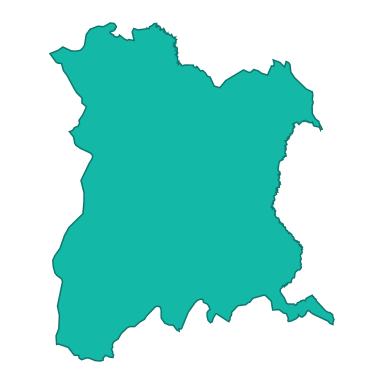 Kantharalak, Si Sa Ket, Thailand (Robinson projection)
{"feature_id": "78962969B93646658502298", "entity_name": "Kantharalak", "entity_type": "district", "adm_level": 2, "iso_a3": "THA", "parent_name": "Thailand", "parent_adm1": "Si Sa Ket", "projection": "robinson", "projection_center": [104.776, 14.571], "detail": "fine", "context": "isolated", "style": "filled", "palette": "teal", "viewbox_px": 384, "rotation_deg": 0, "n_neighbors": 0, "source": "geoboundaries", "source_scale": "gbopen_adm2", "svg_char_len": 5907}
<svg xmlns="http://www.w3.org/2000/svg" viewBox="0 0 384 384"><path d="M116.3,26.3L114.2,23.5L110.2,23.0L103.7,26.7L98.0,26.2L90.0,29.3L86.2,34.7L84.6,45.2L82.7,48.2L80.2,50.4L75.4,51.2L71.0,50.8L62.8,47.0L58.1,50.4L50.0,53.6L55.9,61.9L57.7,63.1L61.5,63.5L63.6,70.9L66.9,75.1L74.4,89.0L76.8,92.9L82.0,98.0L81.9,103.0L86.5,106.8L82.6,115.2L79.0,120.3L79.6,123.3L77.9,126.3L74.4,127.7L72.5,130.5L69.4,131.7L73.5,136.8L74.8,143.2L76.0,145.3L80.7,148.5L90.2,152.9L92.0,154.5L92.7,156.3L92.0,158.9L89.1,163.6L81.0,180.5L84.1,193.1L84.0,201.8L82.9,213.8L69.0,227.4L64.5,235.5L60.0,248.4L54.8,255.8L52.8,260.3L53.3,266.7L55.0,273.0L56.9,275.4L61.7,278.9L62.5,281.9L57.5,306.1L59.4,315.3L58.8,328.8L56.1,335.7L56.6,344.4L58.7,344.1L68.3,347.4L74.2,355.2L78.6,355.4L79.2,358.1L81.6,359.7L86.7,357.9L88.8,358.0L95.4,360.6L100.3,361.0L103.1,360.2L103.2,357.9L105.8,355.3L109.8,357.1L113.0,357.5L113.6,354.9L112.5,353.7L112.8,352.1L111.5,349.2L112.7,347.2L112.4,344.3L113.8,341.7L118.1,339.0L121.2,333.5L127.4,327.6L129.8,326.6L134.6,326.6L139.9,321.9L144.5,319.3L146.4,316.1L155.5,306.6L157.9,306.2L160.0,306.8L161.2,309.9L161.2,317.9L164.7,323.1L169.0,325.0L173.3,325.2L176.7,329.9L179.2,331.2L179.0,328.6L181.0,329.0L181.6,328.5L188.1,312.4L195.1,302.5L197.7,300.2L200.4,299.2L202.8,299.5L203.5,302.3L207.4,304.1L208.8,306.1L210.0,309.6L208.4,310.6L207.1,312.7L207.2,316.9L208.2,320.4L210.4,322.7L212.1,321.8L213.2,318.2L215.6,314.1L216.5,313.7L228.8,321.7L229.9,320.0L230.1,316.9L231.4,315.5L231.7,312.2L237.9,305.7L245.9,304.6L247.6,302.9L249.6,302.3L253.0,298.2L264.0,295.1L265.6,295.6L271.3,301.1L272.7,310.0L279.1,309.6L283.6,313.0L286.4,313.6L288.3,318.2L287.9,320.8L288.5,321.5L291.7,320.8L296.1,318.7L298.5,316.5L298.5,314.7L301.0,317.0L302.6,316.9L305.4,314.6L306.8,311.5L308.6,310.5L312.8,313.9L328.0,321.1L330.0,323.4L333.0,324.5L332.9,322.3L334.0,319.6L332.7,316.4L332.7,314.8L329.9,312.5L328.7,312.6L325.7,311.0L316.6,301.2L315.7,298.9L314.0,298.1L313.6,296.6L312.8,296.6L312.2,295.2L306.3,298.3L305.4,300.8L304.1,300.1L301.0,300.7L301.0,301.3L297.3,302.9L296.8,304.4L295.3,305.4L294.3,304.1L288.1,304.0L286.5,303.2L284.4,298.0L280.2,292.1L280.3,289.2L282.0,287.5L282.7,285.8L283.9,286.7L283.8,285.7L284.7,286.0L284.9,285.2L285.5,285.7L286.9,284.7L286.4,284.1L287.6,283.8L287.5,282.9L291.1,282.5L291.9,278.8L293.4,277.6L294.4,277.7L295.1,272.5L297.8,270.0L299.8,269.8L301.0,268.3L301.3,266.8L300.5,265.3L301.2,264.4L300.1,260.8L301.3,259.4L300.4,255.9L300.6,254.0L301.6,253.8L302.2,252.1L301.5,249.7L302.4,249.4L301.9,248.5L302.5,247.3L302.0,246.7L301.5,247.1L301.2,245.8L300.7,246.6L299.7,246.0L300.5,245.5L300.2,244.7L299.6,245.2L298.9,244.4L299.2,242.2L298.2,241.6L296.7,242.1L296.9,240.9L294.8,240.6L294.9,240.0L293.5,239.4L294.0,238.0L293.4,237.0L291.9,236.1L292.0,234.9L290.7,233.6L289.8,233.0L288.9,233.5L289.0,232.3L287.2,231.6L287.4,230.8L285.8,229.8L285.3,227.1L284.5,227.2L282.9,225.8L283.4,225.0L282.6,223.6L281.4,224.1L280.8,222.5L279.3,222.8L279.1,222.1L279.9,221.7L278.5,218.2L276.4,217.6L274.7,214.8L275.3,214.0L274.8,212.0L275.5,211.5L275.4,210.5L274.6,210.5L274.5,208.9L273.7,208.1L272.7,208.9L272.8,207.7L272.4,208.2L271.1,207.0L272.0,206.4L272.4,203.3L273.4,203.8L273.3,200.8L274.0,201.0L274.8,199.8L273.8,195.9L276.4,194.3L275.9,192.6L277.7,192.1L277.1,191.3L277.5,190.6L276.6,190.6L277.1,189.9L276.4,190.0L276.3,188.6L277.5,188.7L277.2,187.4L279.3,187.2L279.4,185.0L280.1,184.4L279.4,184.2L280.2,183.2L280.0,182.3L279.3,182.5L279.6,181.6L278.3,180.1L279.6,177.9L278.1,174.4L279.2,173.9L279.5,175.4L280.3,174.1L279.4,173.4L280.0,172.9L279.9,172.1L278.4,171.0L278.0,169.7L278.9,163.2L279.9,161.0L282.7,159.7L282.3,159.2L283.0,159.0L282.8,158.3L283.5,157.1L284.2,157.3L284.5,156.1L286.1,156.2L285.8,153.9L284.9,153.1L285.3,149.8L286.1,149.7L286.2,148.9L285.4,148.4L285.9,147.2L285.1,146.9L285.7,145.8L285.2,145.4L286.9,144.5L285.2,140.8L286.3,141.0L287.3,140.2L287.2,138.2L288.2,138.4L288.1,139.2L288.7,138.9L289.0,138.0L288.3,137.8L288.3,136.7L289.5,136.8L290.2,134.4L290.8,134.7L291.1,133.5L292.1,133.6L292.6,132.6L292.4,131.8L293.2,131.0L292.7,129.0L293.9,127.9L293.7,126.9L294.6,126.9L294.4,125.6L292.9,124.8L293.6,124.3L293.3,123.7L297.1,122.2L299.0,124.5L302.2,121.4L303.5,120.8L304.0,121.5L305.6,120.3L306.2,121.6L307.8,121.4L308.4,122.4L311.4,122.8L312.4,122.1L313.5,125.3L314.3,126.0L319.3,127.1L320.6,130.0L320.8,129.2L322.1,129.2L321.1,126.6L319.9,125.8L320.2,125.0L319.1,123.4L318.9,121.5L315.5,119.0L312.3,113.5L312.1,106.2L313.2,102.3L312.3,99.8L312.8,95.1L312.3,91.9L306.4,89.2L294.4,77.6L290.8,72.0L290.0,64.7L288.7,62.7L286.2,61.5L284.5,67.0L279.7,62.3L273.2,59.9L274.2,63.6L273.8,66.1L271.5,65.9L267.5,75.1L261.6,73.3L258.3,70.9L253.7,69.5L250.9,72.2L248.7,72.4L243.6,69.9L225.7,80.6L219.9,87.7L214.2,86.1L210.1,77.1L207.3,76.1L205.4,72.9L202.7,70.5L200.5,71.0L197.1,66.7L196.5,66.5L196.0,67.8L193.5,66.7L193.4,65.2L185.5,65.0L182.1,65.7L180.0,63.4L178.8,64.2L179.4,62.9L178.1,63.0L178.7,61.6L177.4,62.2L178.0,60.6L177.4,59.4L177.6,56.6L176.3,56.1L176.4,55.1L175.7,54.7L176.4,54.1L177.0,54.7L177.3,53.9L176.8,53.4L177.7,52.8L177.0,52.0L177.3,51.4L175.7,50.5L177.3,49.8L177.2,48.0L176.7,47.4L175.4,47.8L175.4,46.1L174.3,46.6L174.5,45.3L173.8,45.2L174.8,44.3L173.8,43.4L175.7,43.4L175.3,42.0L176.0,41.9L175.6,40.8L176.6,39.5L174.4,38.4L175.4,37.2L172.9,37.4L171.6,34.6L171.0,35.6L168.0,33.7L167.3,34.7L167.6,33.2L166.6,34.0L165.5,33.2L165.8,32.4L165.0,31.3L164.2,32.1L163.9,31.1L164.7,30.5L163.7,28.5L162.4,29.8L161.4,29.1L160.7,30.1L159.8,29.8L160.5,28.2L160.2,27.0L157.9,25.4L157.5,27.0L156.0,26.8L156.6,23.5L154.1,23.6L151.9,25.8L149.7,26.6L149.2,28.7L146.7,28.1L146.6,28.8L137.9,29.9L133.8,28.5L132.2,31.9L134.1,40.5L128.6,39.5L127.3,40.5L124.1,38.8L119.5,35.0L118.6,36.7L117.2,37.1L114.3,36.5L113.5,34.9L112.0,34.6L111.9,33.9L109.9,32.8L110.4,31.6L113.6,30.9L115.2,29.3L114.9,28.6L116.2,27.4L116.3,26.3Z" fill="#14b8a6" stroke="#0f766e" stroke-width="1.5"/></svg>